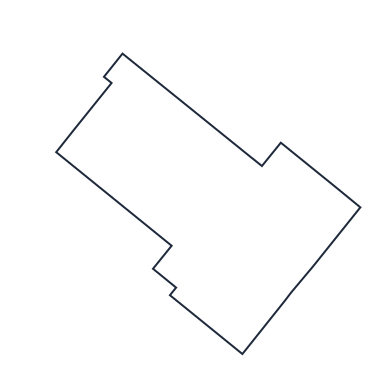 the district of Benton, Mississippi, United States of America, rotated 129°
{"feature_id": "52423323B42225674167868", "entity_name": "Benton", "entity_type": "district", "adm_level": 2, "iso_a3": "USA", "parent_name": "United States of America", "parent_adm1": "Mississippi", "projection": "orthographic", "projection_center": [-89.198, 34.789], "detail": "fine", "context": "isolated", "style": "outline", "palette": "slate", "viewbox_px": 384, "rotation_deg": 129, "n_neighbors": 0, "source": "geoboundaries", "source_scale": "gbopen_adm2", "svg_char_len": 428}
<svg xmlns="http://www.w3.org/2000/svg" viewBox="0 0 384 384"><g transform="rotate(129 192 192)"><path d="M98.0,51.5L97.8,84.1L97.8,104.1L97.8,154.0L127.8,154.0L127.9,170.3L128.0,238.3L128.2,333.1L157.9,332.9L157.9,323.1L216.8,322.9L246.5,322.6L246.6,174.0L276.2,174.0L276.3,144.2L286.1,144.2L286.2,50.9L280.9,50.9L217.8,51.4L207.8,51.7L184.6,51.3L173.8,51.1L98.0,51.5Z" fill="none" stroke="#1e293b" stroke-width="2"/></g></svg>